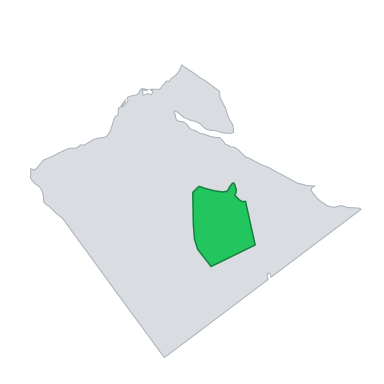 Al-Kharga Oasis, Al Wadi at Jadid, Egypt (highlighted), rotated 323°
{"feature_id": "37247803B20145410144228", "entity_name": "Al-Kharga Oasis", "entity_type": "district", "adm_level": 2, "iso_a3": "EGY", "parent_name": "Egypt", "parent_adm1": "Al Wadi at Jadid", "projection": "robinson", "projection_center": [32.312, 25.153], "detail": "fine", "context": "in_parent", "style": "filled", "palette": "green", "viewbox_px": 384, "rotation_deg": 323, "n_neighbors": 0, "source": "geoboundaries", "source_scale": "gbopen_adm2", "svg_char_len": 3652}
<svg xmlns="http://www.w3.org/2000/svg" viewBox="0 0 384 384"><g transform="rotate(323 192 192)"><path d="M316.4,307.6L309.6,307.6L302.8,307.6L296.0,307.6L289.2,307.6L282.4,307.6L275.6,307.6L268.9,307.6L262.1,307.6L255.3,307.6L248.5,307.6L241.7,307.6L234.9,307.6L228.1,307.6L221.3,307.6L214.5,307.6L207.7,307.6L203.8,307.6L204.5,305.5L204.9,304.0L204.5,303.0L203.1,302.7L202.3,303.0L200.3,307.5L199.2,307.7L196.8,307.7L188.9,307.7L181.0,307.7L173.1,307.7L165.1,307.7L157.2,307.7L149.3,307.7L141.4,307.7L133.5,307.7L125.6,307.7L117.7,307.7L109.8,307.7L101.9,307.7L94.0,307.7L86.1,307.6L78.2,307.6L70.2,307.6L70.3,302.3L70.4,296.9L70.4,291.5L70.5,286.1L70.6,280.8L70.6,275.4L70.7,270.0L70.8,264.6L70.8,259.2L70.9,253.9L70.9,248.5L71.0,243.1L71.1,237.7L71.2,232.4L71.2,227.0L71.3,221.6L71.4,216.2L71.5,210.8L71.6,205.5L71.7,200.1L71.8,194.7L71.9,189.3L72.0,184.0L72.1,178.6L72.2,173.2L72.2,167.8L72.3,162.4L72.4,157.1L72.5,151.7L72.6,146.3L72.7,140.9L72.8,135.6L72.6,134.6L71.6,130.9L70.6,126.3L69.6,120.5L69.5,118.7L67.7,112.8L67.6,111.1L68.1,110.0L71.3,105.0L72.3,102.6L73.1,99.7L73.4,97.4L72.6,93.8L71.6,90.5L71.3,87.2L71.3,84.0L72.9,81.8L74.8,79.7L75.5,78.4L76.7,77.0L77.4,76.3L78.9,79.2L82.0,79.7L92.4,77.1L103.8,79.8L110.0,80.8L119.7,83.0L125.5,86.9L127.1,87.4L131.4,87.3L134.1,89.7L145.2,90.8L151.1,93.4L154.4,95.4L156.4,96.1L158.2,96.0L160.6,95.2L163.7,93.8L167.0,91.7L173.8,86.6L176.3,85.7L177.9,85.9L179.8,85.8L180.6,84.4L181.6,83.5L182.2,82.4L183.3,81.1L186.8,80.7L194.0,78.4L193.2,79.5L186.7,82.0L189.5,82.3L192.3,81.5L195.5,80.9L196.1,79.9L196.6,77.8L197.2,77.6L199.4,77.9L206.1,81.0L207.8,81.1L212.5,79.4L213.5,79.0L215.0,80.0L218.5,83.8L217.2,83.8L213.5,80.5L213.2,82.1L211.1,85.0L213.7,86.3L215.9,86.7L217.0,88.4L217.8,89.8L219.9,89.2L221.4,87.2L220.6,86.1L220.1,85.0L220.8,85.0L222.2,85.9L226.5,89.6L227.9,90.4L229.6,90.2L233.0,89.2L233.9,89.4L238.6,88.0L239.1,89.0L239.9,90.0L243.6,88.9L249.4,88.9L254.2,87.7L259.7,84.7L260.1,84.3L260.4,85.0L261.1,87.0L262.8,92.1L264.3,96.1L266.2,101.7L266.7,103.8L267.0,105.3L269.6,111.4L271.2,116.4L272.4,120.5L274.0,126.4L274.7,128.5L273.6,129.6L271.3,133.4L269.0,145.7L265.6,155.3L265.2,161.3L264.6,163.5L263.0,166.5L261.0,169.5L257.4,168.0L251.6,162.7L248.2,157.7L244.5,154.5L241.1,150.3L240.2,147.2L240.2,145.2L238.7,140.4L237.6,138.2L233.4,133.1L232.2,130.3L231.3,129.1L230.3,127.4L228.8,120.8L227.2,116.6L225.3,117.7L225.6,119.5L224.0,122.0L223.0,124.8L223.7,127.1L227.2,130.7L227.9,132.2L228.7,135.5L228.5,140.1L229.1,141.6L231.6,145.0L232.6,147.0L233.1,148.8L234.0,150.3L236.5,153.3L240.2,158.9L243.7,162.6L246.2,164.5L247.2,166.3L247.5,171.0L247.3,173.3L249.5,177.5L250.4,179.6L252.5,181.4L253.5,183.4L254.4,186.6L255.8,196.2L257.6,198.6L263.4,211.2L268.3,219.2L270.7,225.1L274.3,232.4L281.4,248.3L285.6,253.2L287.3,255.9L290.3,258.1L293.6,261.1L290.5,260.8L289.7,261.0L288.6,261.6L288.1,263.4L287.9,264.9L288.3,273.0L289.2,277.1L292.0,284.9L294.0,287.2L295.1,288.7L296.5,289.8L303.0,292.5L306.9,298.1L315.5,305.2L316.4,307.2L316.4,307.6Z" fill="#d9dde1" stroke="#a8b0b8" stroke-width="1"/><path d="M162.4,263.0L210.6,272.3L229.1,231.7L228.9,231.6L226.2,229.8L225.4,227.7L225.3,227.3L224.9,226.3L224.9,226.2L224.9,225.8L224.6,222.8L224.5,222.7L224.3,220.2L226.6,219.1L228.8,216.8L229.3,215.6L229.6,213.7L230.5,212.4L230.5,212.1L230.8,210.4L230.7,210.3L230.7,210.2L230.7,209.9L229.5,209.3L226.9,210.1L224.7,210.8L222.2,212.1L220.6,212.1L220.1,212.4L216.4,210.3L214.7,208.6L210.7,204.6L204.3,196.6L202.0,193.1L201.1,191.8L198.4,191.9L195.8,192.3L195.7,192.3L192.4,192.8L178.1,212.4L173.4,218.9L165.5,231.4L162.0,241.5L162.4,263.0Z" fill="#22c55e" stroke="#15803d" stroke-width="1.5"/></g></svg>